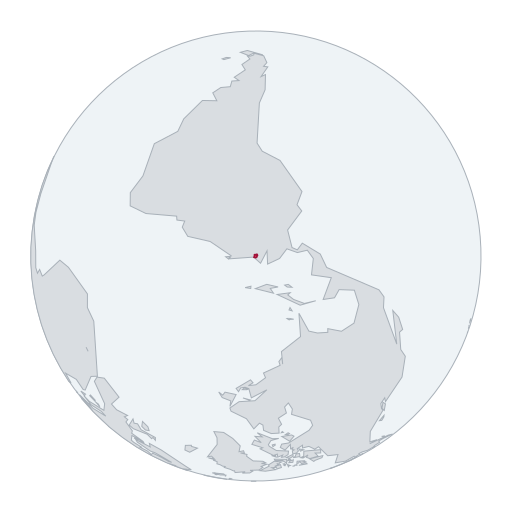 Yaracuy on an orthographic globe, rotated 178°
{"feature_id": "VEN-36", "entity_name": "Yaracuy", "entity_type": "State", "adm_level": 1, "iso_a3": "VEN", "parent_name": "Venezuela", "parent_adm1": "", "projection": "orthographic", "projection_center": [-68.813, 10.294], "detail": "fine", "context": "on_globe", "style": "filled", "palette": "rose", "viewbox_px": 512, "rotation_deg": 178, "n_neighbors": 0, "source": "natural_earth", "source_scale": "10m", "svg_char_len": 8938}
<svg xmlns="http://www.w3.org/2000/svg" viewBox="0 0 512 512"><g transform="rotate(178 256 256)"><circle cx="256" cy="256" r="225" fill="#eef3f6" stroke="#a8b0b8"/><path d="M219.7,263.2L214.5,260.7L209.3,267.2L191.7,255.7L185.8,242.1L134.3,217.9L129.5,210.7L130.4,199.8L118.4,163.0L121.2,196.8L115.5,189.8L112.0,177.5L115.2,174.9L114.6,157.5L110.3,150.6L114.3,129.9L131.7,105.9L132.3,109.8L136.4,104.2L135.9,99.2L134.5,97.4L147.9,76.7L148.7,66.3L141.4,68.2L148.9,64.4L130.0,72.4L125.6,73.3L135.2,69.3L139.8,66.8L139.0,65.5L143.6,62.8L145.8,60.8L151.3,57.9L156.5,56.6L160.1,54.9L159.4,54.2L164.4,51.4L164.9,52.5L173.7,47.9L184.0,46.5L181.0,54.7L191.3,53.9L200.2,63.2L204.0,60.9L209.8,63.9L216.3,62.5L216.1,65.3L221.5,62.0L220.4,59.7L222.4,57.7L226.1,56.9L226.5,60.0L224.7,60.9L226.8,61.5L225.4,63.5L228.2,62.1L228.2,66.5L233.7,61.1L238.4,63.8L236.9,67.1L229.9,68.0L209.0,80.0L205.3,84.8L207.2,90.0L226.0,96.5L225.0,101.8L228.8,108.0L232.7,104.1L231.1,98.0L239.3,93.1L236.3,86.9L239.2,84.3L239.1,78.2L246.9,78.0L254.5,81.5L255.0,86.8L258.4,88.8L264.2,83.3L271.2,93.7L286.4,101.8L287.4,105.0L278.0,111.0L262.1,111.4L249.8,121.9L265.6,114.4L267.8,123.7L271.5,125.2L275.9,124.7L278.2,121.0L280.5,124.4L265.8,132.4L263.4,129.4L268.1,126.7L260.6,127.3L250.7,134.0L252.6,138.8L235.7,145.9L236.8,149.7L233.7,153.7L233.1,147.0L233.9,159.6L214.3,173.9L215.1,197.3L205.8,179.1L197.3,176.9L186.9,177.2L186.8,180.9L173.2,177.8L160.4,185.5L154.9,203.9L158.9,218.4L174.1,219.5L179.0,211.5L190.4,210.2L181.5,231.7L201.2,235.2L198.8,251.5L204.5,260.0L214.5,258.0L224.9,262.1L232.5,252.7L244.7,247.5L244.8,260.8L251.7,248.6L258.4,255.0L282.7,254.1L280.8,257.1L301.3,272.1L323.5,278.0L328.7,287.4L326.0,293.4L333.8,294.7L333.9,298.6L364.5,302.3L380.0,310.5L379.4,323.7L366.2,340.0L353.7,371.8L329.8,383.3L323.4,395.6L304.1,413.3L289.7,412.5L293.5,420.6L285.3,425.6L275.8,426.1L274.0,431.7L266.9,431.9L271.5,435.4L260.2,442.4L263.4,447.9L255.2,453.1L257.6,456.1L254.4,456.0L251.2,457.1L250.9,458.7L241.3,455.8L238.4,448.9L241.8,445.3L237.6,444.6L244.7,435.1L240.2,437.0L241.1,421.8L247.3,408.8L251.0,368.8L246.1,360.5L228.7,350.7L207.8,318.8L213.2,305.8L208.7,299.4L223.5,280.9L219.7,263.2ZM43.2,186.2L44.9,181.2L44.2,184.6L43.2,186.2ZM45.9,178.0L45.3,179.7L45.7,178.2L45.9,178.0ZM46.1,176.8L45.9,177.6L45.9,177.2L46.1,176.8ZM46.1,175.9L46.2,176.2L46.1,176.3L46.1,175.9ZM213.6,205.3L236.2,216.8L223.1,218.1L225.6,216.0L220.0,211.3L209.3,206.9L197.8,209.2L213.6,205.3ZM47.0,173.0L47.3,172.1L47.5,171.8L47.0,173.0ZM224.5,192.4L220.5,191.5L224.4,191.4L224.5,192.4ZM133.2,97.2L135.4,99.5L134.2,105.4L131.8,103.7L133.2,97.2ZM136.1,87.3L138.4,87.1L133.6,92.4L133.8,90.8L136.1,87.3ZM135.1,70.7L136.1,71.4L133.6,71.8L135.1,70.7ZM145.2,61.1L143.5,61.9L145.4,60.6L145.2,61.1ZM234.8,78.8L236.9,78.5L235.9,79.7L234.8,78.8ZM232.8,76.5L230.1,78.2L228.7,77.4L230.4,76.4L232.8,76.5ZM155.4,55.1L159.0,53.2L156.3,54.9L155.4,55.1ZM236.5,74.7L226.6,75.9L224.3,74.6L228.8,69.7L236.5,74.7ZM161.7,51.9L170.2,47.8L167.2,49.0L180.6,43.9L168.9,48.7L166.0,50.4L165.0,50.4L161.7,51.9ZM218.4,59.4L219.7,61.7L215.2,60.7L218.4,59.4ZM215.0,59.3L198.2,60.2L198.2,56.9L203.8,57.0L200.9,53.8L209.2,51.7L212.6,53.0L211.0,55.4L215.4,52.8L215.0,59.3ZM186.7,42.1L189.5,41.2L187.5,41.9L186.7,42.1ZM222.8,56.8L219.4,57.1L219.1,54.1L225.9,53.1L223.8,54.3L222.8,56.8ZM196.2,54.2L197.1,52.2L204.1,49.7L205.4,48.7L209.4,51.4L196.2,54.2ZM225.8,54.6L229.3,52.7L232.8,53.5L226.1,56.4L225.8,54.6ZM216.2,53.9L216.4,52.5L218.5,52.9L216.2,53.9ZM247.4,56.0L243.3,55.9L242.8,54.3L247.4,56.0ZM230.4,52.0L229.1,51.7L228.5,51.2L231.5,50.2L230.4,52.0ZM214.0,49.7L216.7,49.3L212.7,48.4L217.7,47.0L219.5,49.1L220.8,47.6L222.4,47.2L222.1,49.5L214.0,49.7ZM232.6,47.8L236.5,50.7L244.1,50.9L244.8,52.3L232.4,51.7L232.6,47.8ZM226.4,48.5L230.4,48.3L229.2,49.9L225.8,51.0L226.4,48.5ZM220.5,45.3L212.4,47.0L212.2,46.5L220.5,45.3ZM235.0,47.5L234.0,46.8L235.7,47.3L235.0,47.5ZM225.2,45.5L222.4,46.1L222.3,45.5L225.2,45.5ZM234.4,45.3L235.6,46.1L233.4,46.8L234.4,45.3ZM230.4,45.1L231.0,44.2L231.8,46.5L229.1,45.4L230.4,45.1ZM225.7,44.9L224.7,44.7L226.9,44.7L225.7,44.9ZM242.3,42.5L243.8,45.3L238.8,46.6L238.0,43.7L242.3,42.5ZM257.5,461.7L242.1,456.8L250.7,459.1L256.4,456.6L264.5,460.1L257.5,461.7ZM274.4,455.0L281.2,453.4L282.9,454.2L278.6,455.5L274.4,455.0ZM435.0,119.2L435.6,120.0L429.3,112.4L424.0,105.9L435.0,119.2ZM408.8,90.4L408.7,90.4L420.8,102.7L424.4,106.4L427.9,112.0L434.1,119.0L437.3,123.7L427.9,113.7L424.1,109.4L411.7,101.2L416.0,106.1L428.0,114.5L427.0,114.5L432.9,122.4L427.6,116.5L413.4,107.1L412.4,113.7L421.9,136.4L419.1,140.5L411.9,139.2L397.8,119.7L405.6,113.1L400.7,107.2L389.9,101.1L393.2,99.9L389.8,97.0L391.8,94.7L385.7,85.6L386.4,83.2L375.4,74.7L374.2,72.5L381.1,78.0L386.3,80.9L387.0,76.3L384.6,74.0L377.3,69.1L378.5,68.9L371.3,64.9L367.5,61.2L366.2,62.6L357.6,58.1L350.6,53.7L347.5,52.7L359.0,60.0L363.8,62.9L368.3,64.7L381.1,74.1L382.7,76.9L368.4,68.9L369.1,72.4L357.7,65.6L333.7,48.4L328.1,44.6L337.2,46.0L343.5,48.7L343.4,49.2L351.5,52.2L347.0,50.2L348.0,50.4L340.0,47.0L340.3,47.1L332.2,44.1L331.6,43.8L336.1,45.5L351.9,52.2L367.2,60.1L381.8,69.1L395.7,79.3L408.8,90.4ZM189.4,40.8L180.6,43.9L167.2,49.0L167.4,48.9L189.4,40.8ZM454.3,362.9L455.5,360.7L468.8,326.0L474.4,307.4L476.6,294.5L476.0,268.9L476.5,252.1L475.0,246.4L472.7,250.1L470.3,243.4L468.4,244.5L452.2,258.7L443.8,251.2L425.8,224.0L426.3,210.3L420.4,196.5L418.7,141.4L425.1,141.4L431.4,128.0L433.4,128.6L439.9,139.0L450.4,145.6L445.3,135.6L447.4,137.1L455.2,150.8L462.1,165.0L467.9,179.6L472.8,194.7L476.5,210.0L479.2,225.5L480.8,241.2L481.3,257.0L480.7,272.7L478.9,288.4L476.1,303.9L472.2,319.2L467.3,334.2L461.3,348.8L454.3,362.9ZM427.1,166.6L429.0,170.8L427.1,166.6ZM283.5,253.9L286.4,256.3L282.5,256.5L283.5,253.9ZM221.1,223.5L225.9,223.9L228.4,225.9L224.7,226.5L221.1,223.5ZM262.4,223.7L268.0,224.8L262.1,226.0L262.4,223.7ZM239.8,218.2L257.8,223.4L246.3,227.3L235.0,224.3L242.9,223.1L239.8,218.2ZM221.8,199.9L224.9,200.9L223.8,203.3L221.8,199.9ZM227.3,192.4L226.1,192.6L224.7,190.7L227.3,192.4ZM268.6,123.2L269.9,122.7L274.4,122.9L272.2,124.5L268.6,123.2ZM294.7,115.7L298.0,121.4L294.1,118.1L291.7,121.0L280.7,118.2L287.3,106.6L286.3,112.1L294.7,115.7ZM267.7,112.1L274.0,114.6L266.9,112.4L267.7,112.1ZM368.9,85.2L372.6,86.0L376.1,89.7L375.2,94.6L370.0,89.1L368.9,85.2ZM376.9,86.4L362.9,78.1L363.0,75.3L365.3,78.2L366.7,77.1L370.9,81.6L384.6,87.7L388.6,91.5L384.6,97.5L383.7,93.2L380.2,92.4L376.9,86.4ZM327.2,68.0L321.2,66.0L329.1,62.2L333.8,64.6L333.2,69.2L327.2,69.1L327.2,68.0ZM246.4,66.6L243.5,67.3L243.4,66.3L245.7,64.9L246.4,66.6ZM245.5,56.1L258.6,63.1L256.0,64.1L266.7,67.9L264.1,72.1L257.3,69.3L263.3,75.8L256.1,75.0L260.9,79.3L245.9,72.8L239.6,72.9L247.6,71.0L250.2,67.0L249.4,65.4L242.5,60.9L230.3,59.9L230.9,56.4L234.6,54.2L237.6,53.9L236.3,56.1L241.3,54.2L241.6,57.3L245.5,56.1ZM277.2,39.5L274.4,40.8L284.5,40.3L284.9,42.1L286.0,42.0L289.2,43.7L295.1,45.8L294.2,46.7L296.8,47.2L299.0,48.6L302.3,49.7L302.0,51.8L306.0,53.5L303.5,53.6L310.6,55.9L305.2,55.2L307.4,57.5L311.5,57.0L301.4,69.0L301.3,75.7L304.2,82.0L294.5,80.8L285.6,74.5L278.4,66.8L279.8,61.0L275.2,61.8L274.5,59.5L278.4,59.7L271.9,58.0L272.4,56.2L266.0,51.3L256.3,50.6L253.7,49.1L257.8,48.5L252.4,47.5L258.2,45.5L256.5,44.5L260.6,42.0L269.4,42.0L266.9,41.0L269.8,39.4L277.2,39.5ZM243.7,41.8L254.1,40.6L259.5,41.3L250.1,45.6L250.9,46.7L245.0,50.2L237.4,49.3L239.8,48.3L240.3,47.2L242.5,47.9L241.1,46.6L244.3,45.3L244.1,44.0L247.6,43.9L243.7,41.8ZM431.2,123.9L431.9,123.5L432.1,122.0L435.8,127.2L431.2,123.9ZM421.8,117.6L421.8,116.3L427.1,122.2L426.3,122.9L421.8,117.6ZM417.3,110.8L421.4,115.7L418.7,113.5L417.3,110.8ZM380.7,76.8L380.1,75.4L381.8,76.4L384.2,78.5L380.7,76.8ZM307.3,40.8L304.8,40.8L303.5,40.4L295.8,39.3L294.8,38.2L299.2,38.4L307.3,40.8ZM438.8,125.2L439.8,126.0L439.8,126.6L438.8,125.2ZM305.0,39.4L301.9,39.0L303.3,38.8L305.0,39.4ZM293.7,37.4L294.7,36.9L293.8,38.0L293.7,37.4ZM316.0,38.9L303.8,36.0L292.6,33.7L304.5,36.0L312.4,37.9L312.8,38.0L316.0,38.9ZM267.2,31.0L268.9,31.1L265.0,31.0L263.6,30.9L264.4,30.9L267.2,31.0ZM287.4,34.0L291.0,34.6L289.7,34.7L287.4,34.0ZM188.6,41.3L189.4,41.2L187.0,41.9L188.6,41.3Z" fill="#d9dde1" stroke="#a8b0b8" stroke-width="1"/><path d="M258.1,254.7L258.2,254.8L258.1,255.0L257.9,255.0L257.7,255.0L257.6,255.7L257.7,256.1L257.5,256.4L257.5,256.5L257.5,256.8L257.6,257.0L257.6,257.3L257.3,257.5L257.2,257.5L257.1,257.4L256.9,257.4L256.9,257.2L256.7,257.1L256.6,257.3L256.4,257.3L256.2,257.3L256.0,257.5L255.9,257.6L255.7,257.7L255.4,257.7L255.5,257.5L255.6,257.4L255.5,257.2L255.4,257.2L255.1,257.3L255.0,257.5L254.9,257.6L254.7,257.4L254.7,257.2L254.5,256.9L254.4,256.7L254.5,256.5L254.8,256.5L254.8,256.4L255.0,256.3L255.0,256.2L255.1,256.3L255.1,256.2L255.2,255.8L255.1,255.7L255.0,255.4L255.1,255.2L255.3,255.0L255.5,254.9L255.7,254.7L255.9,254.5L256.0,254.5L256.0,254.4L256.3,254.3L256.6,254.3L256.8,254.3L256.9,254.5L257.1,254.6L258.1,254.7Z" fill="#f43f5e" stroke="#9f1239" stroke-width="1.5"/></g></svg>